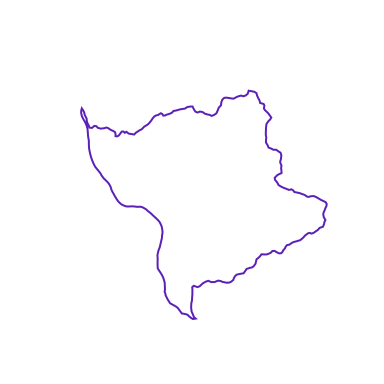 Novo Horizonte, São Paulo, Brazil, rotated 23°
{"feature_id": "56859067B45221197904783", "entity_name": "Novo Horizonte", "entity_type": "district", "adm_level": 2, "iso_a3": "BRA", "parent_name": "Brazil", "parent_adm1": "São Paulo", "projection": "orthographic", "projection_center": [-49.295, -21.479], "detail": "fine", "context": "isolated", "style": "outline", "palette": "violet", "viewbox_px": 384, "rotation_deg": 23, "n_neighbors": 0, "source": "geoboundaries", "source_scale": "gbopen_adm2", "svg_char_len": 4153}
<svg xmlns="http://www.w3.org/2000/svg" viewBox="0 0 384 384"><g transform="rotate(23 192 192)"><path d="M318.3,183.6L319.9,182.1L321.6,179.4L322.7,177.7L323.5,175.2L326.1,172.8L326.1,169.8L325.6,167.9L325.8,165.7L323.2,163.7L321.7,161.6L321.2,160.0L321.2,156.9L321.1,154.5L321.2,152.1L320.6,150.3L318.9,149.1L316.8,149.0L314.0,148.9L311.7,148.6L309.0,148.2L306.0,148.1L303.3,149.3L301.2,151.0L299.5,151.3L297.0,150.7L294.6,150.8L291.3,151.0L286.2,152.0L284.6,151.0L282.5,150.7L280.4,152.2L274.5,152.3L272.6,152.3L269.0,151.8L266.8,150.0L263.6,148.3L262.6,146.6L263.8,143.4L265.2,141.5L267.0,139.7L266.3,138.0L264.8,135.4L264.0,132.7L262.5,131.3L261.3,129.7L261.0,126.9L259.9,123.3L258.1,121.2L256.0,120.9L252.9,120.2L250.5,121.3L247.7,121.1L245.1,121.2L243.6,119.6L240.7,117.5L239.7,114.9L239.0,112.6L237.6,110.6L235.1,104.2L234.0,100.5L234.3,98.6L234.7,96.9L235.6,94.7L235.9,92.5L233.8,91.2L231.7,89.9L229.0,88.8L227.3,88.2L225.6,87.1L224.8,84.0L223.5,83.0L219.9,83.4L218.5,81.5L216.8,80.1L214.4,78.0L212.7,75.8L210.3,75.4L207.7,75.9L204.6,76.6L204.9,79.8L203.7,82.2L201.7,83.9L199.6,84.0L197.4,85.7L195.8,87.3L193.9,89.8L190.9,90.7L188.7,91.2L187.1,91.6L184.9,92.7L183.9,94.9L183.9,97.7L184.8,100.8L183.7,103.9L183.8,107.1L183.7,110.1L182.1,112.6L180.3,114.3L178.4,114.1L176.2,114.5L173.2,114.9L171.0,114.3L169.4,114.5L167.8,114.9L166.0,116.7L163.8,116.7L162.1,115.6L160.4,114.3L159.1,113.1L157.1,114.0L154.5,115.6L152.9,118.0L150.6,119.4L148.7,120.6L147.3,121.8L145.4,123.3L143.3,124.6L142.6,126.8L141.0,128.6L138.5,130.7L137.4,132.0L135.7,132.9L134.1,131.8L132.5,131.7L130.8,134.2L128.8,135.8L127.8,137.2L127.1,139.2L126.6,142.1L126.0,144.2L125.2,146.6L123.8,148.7L122.4,150.7L121.3,153.7L119.4,156.0L118.3,157.7L117.1,159.5L116.3,161.7L110.8,163.0L108.1,162.2L107.0,163.8L105.2,163.1L103.7,163.9L103.2,166.0L102.6,168.4L101.6,169.9L99.8,170.5L99.0,168.6L97.8,167.0L95.9,166.6L93.5,166.6L91.3,166.3L89.5,165.9L87.8,166.2L86.3,167.6L83.0,169.4L80.0,169.7L78.4,168.8L76.3,169.3L74.9,172.1L72.5,172.8L70.7,170.9L69.3,169.9L67.6,168.0L66.2,165.5L64.5,164.1L62.9,162.7L61.6,160.8L59.9,159.4L57.9,158.1L58.2,160.2L58.8,162.0L59.8,163.6L60.9,165.1L62.1,166.2L63.8,167.6L65.7,169.0L67.6,170.6L69.8,172.9L71.4,175.1L73.5,179.2L74.3,180.8L75.2,182.3L77.0,185.1L78.7,189.0L80.3,192.2L82.1,194.9L84.5,198.2L86.9,201.0L89.8,203.9L91.4,205.3L93.0,206.6L94.9,207.6L97.3,208.9L100.5,210.6L102.1,212.0L105.5,214.0L107.4,214.7L109.2,215.4L111.7,216.5L113.3,217.6L114.9,218.9L117.1,221.5L118.5,222.8L120.4,224.2L122.2,225.7L125.3,227.9L127.1,229.1L129.7,230.3L132.1,231.0L134.4,231.1L136.8,231.0L138.5,230.5L142.6,228.5L145.5,227.6L147.3,227.1L150.2,225.7L152.4,225.4L156.1,225.8L160.0,227.1L161.8,227.5L165.5,228.9L169.0,230.1L171.9,231.3L173.4,232.0L174.8,233.0L177.5,235.5L178.8,237.4L180.3,239.9L181.0,241.7L181.4,243.7L182.3,246.2L182.7,248.6L183.2,251.5L183.6,253.7L183.9,255.6L184.0,258.8L184.5,261.8L184.9,263.8L186.3,266.4L187.5,269.5L188.7,272.3L190.3,275.7L196.3,279.8L198.9,282.0L201.0,284.5L202.1,285.8L203.0,287.6L205.3,292.5L205.8,294.6L207.1,295.8L208.2,297.5L211.7,300.5L213.8,301.9L215.3,303.0L220.6,303.5L222.6,303.8L224.6,304.5L227.8,306.4L230.1,307.8L231.9,307.3L234.2,306.9L235.9,306.8L238.5,307.8L240.4,308.3L242.4,308.6L244.8,307.1L242.8,306.5L241.2,304.9L239.9,303.6L238.4,302.3L236.4,298.8L234.9,294.9L234.3,291.6L233.1,288.4L232.4,286.2L231.6,284.3L230.5,281.6L229.4,279.6L230.2,277.7L234.2,277.4L235.9,275.8L237.6,271.9L239.5,269.4L241.6,267.4L244.9,267.4L248.0,266.1L249.4,264.6L250.8,263.3L253.1,262.8L255.3,262.8L257.1,262.4L259.4,262.0L261.7,260.8L263.1,259.3L264.4,256.7L264.2,254.7L264.7,252.0L265.6,250.5L268.1,248.7L271.3,246.6L271.9,243.7L272.3,241.5L275.3,238.9L276.9,237.8L277.8,236.1L278.5,233.2L278.1,231.1L277.7,228.7L279.0,226.4L279.7,224.6L280.3,222.2L282.8,221.3L285.3,220.2L288.1,217.4L289.1,214.8L291.2,213.9L293.8,214.4L296.4,214.4L298.0,213.5L298.7,211.9L298.7,210.1L299.5,207.9L299.6,205.8L300.2,203.8L302.3,202.3L303.6,200.1L305.1,198.3L307.4,196.6L308.9,195.3L310.3,194.2L311.4,192.3L312.5,189.8L313.1,187.8L314.1,186.1L315.0,184.6L316.4,183.6L318.3,183.6Z" fill="none" stroke="#5b21b6" stroke-width="2"/></g></svg>